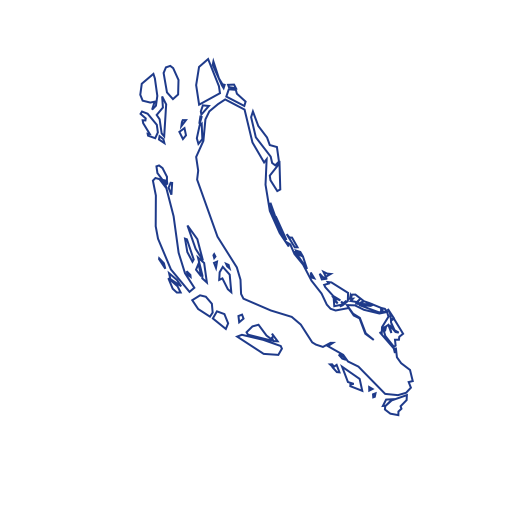 Bhola, Barisal, Bangladesh, rotated 150°
{"feature_id": "16705992B37732832620169", "entity_name": "Bhola", "entity_type": "district", "adm_level": 2, "iso_a3": "BGD", "parent_name": "Bangladesh", "parent_adm1": "Barisal", "projection": "natural_earth1", "projection_center": [90.703, 22.35], "detail": "fine", "context": "isolated", "style": "outline", "palette": "blue", "viewbox_px": 512, "rotation_deg": 150, "n_neighbors": 0, "source": "geoboundaries", "source_scale": "gbopen_adm2", "svg_char_len": 6175}
<svg xmlns="http://www.w3.org/2000/svg" viewBox="0 0 512 512"><g transform="rotate(150 256 256)"><path d="M181.1,105.9L182.7,106.4L182.8,104.8L184.2,102.5L182.9,107.1L187.0,128.3L186.0,125.8L182.4,131.4L171.6,137.2L170.5,142.0L177.9,144.5L189.4,155.4L195.0,163.8L201.8,168.0L200.8,157.6L197.0,150.5L199.6,134.2L196.0,124.4L200.2,134.0L197.5,150.2L201.1,155.6L201.7,164.6L214.3,169.0L217.8,173.0L219.0,178.5L218.0,190.7L220.3,206.9L219.5,225.0L221.7,238.5L220.5,248.9L222.4,252.2L222.9,247.8L224.0,264.1L221.5,288.1L212.1,313.0L198.4,334.5L202.2,333.0L202.3,356.1L192.7,388.5L204.4,407.0L213.0,406.5L224.1,404.6L231.5,399.6L244.0,382.0L258.3,371.7L263.4,358.8L268.8,351.6L279.7,292.0L278.3,255.7L281.3,243.2L287.9,230.6L288.2,225.3L270.4,201.4L255.5,185.4L251.5,174.2L250.5,153.1L248.4,149.3L243.5,143.8L234.8,143.5L232.8,142.3L238.8,142.0L229.9,126.8L229.1,118.7L222.6,109.0L213.1,72.0L202.6,64.5L194.4,62.5L187.7,64.5L186.8,70.5L182.8,69.3L179.6,80.3L183.9,90.6L184.6,97.8L181.1,105.9ZM336.4,286.9L331.5,258.2L325.3,259.3L326.1,276.6L321.4,297.5L307.5,331.6L298.9,362.5L298.8,364.8L300.1,362.4L301.2,370.9L304.1,373.8L307.6,372.8L312.5,358.4L328.0,331.9L332.2,320.0L336.4,286.9ZM229.6,415.5L205.8,415.0L203.2,421.6L199.0,450.5L210.8,448.2L222.4,433.9L229.6,415.5ZM312.6,195.6L298.3,167.4L286.1,159.2L279.9,162.8L279.6,165.7L291.7,179.8L307.6,194.8L312.6,195.6ZM186.4,382.7L190.8,378.7L196.8,358.9L193.6,334.7L195.5,328.5L194.0,324.9L188.9,326.3L183.4,339.9L188.6,345.2L187.2,353.1L189.0,367.5L186.4,382.7ZM253.8,465.0L268.8,462.3L275.6,453.5L276.5,447.2L270.8,441.7L266.6,440.3L272.8,434.7L267.5,436.2L261.4,444.0L254.8,460.3L253.8,465.0ZM239.7,464.4L244.5,460.7L251.3,442.2L249.5,433.4L242.7,434.8L235.1,447.2L233.8,460.1L235.2,463.5L239.7,464.4ZM208.7,170.4L205.6,170.0L199.0,171.1L194.7,178.0L203.9,195.4L206.9,197.6L206.8,195.8L211.4,196.9L211.6,194.4L209.1,182.7L205.1,175.4L209.7,180.8L209.0,174.1L210.7,178.8L213.3,173.4L206.8,171.2L204.3,171.2L205.2,173.9L203.7,171.4L200.0,172.1L203.8,170.7L208.7,170.4ZM332.6,239.0L326.2,226.5L321.8,228.7L318.1,236.7L319.8,245.8L324.1,249.9L333.3,249.6L332.6,239.0ZM167.9,132.6L171.4,132.6L172.3,130.8L173.1,122.4L170.7,118.3L173.2,120.4L174.9,129.5L177.3,121.6L175.8,130.2L178.5,130.0L182.0,126.3L179.3,130.0L182.1,130.1L184.0,122.0L182.0,108.5L179.9,108.6L177.5,114.0L174.1,112.0L172.3,114.4L167.5,115.1L167.9,132.6ZM289.3,414.2L284.4,408.4L279.2,412.1L276.3,419.2L278.7,433.4L282.5,438.1L284.9,436.8L282.7,430.3L284.0,428.7L286.3,430.2L287.3,427.4L287.0,414.8L288.7,416.1L289.3,414.2ZM194.9,60.1L210.7,63.1L219.2,61.3L221.1,58.6L218.5,52.3L212.3,47.0L210.4,50.1L206.4,51.0L205.9,53.6L197.6,55.9L194.9,60.1ZM239.4,96.1L231.4,86.1L227.7,97.7L236.8,117.1L239.4,100.9L235.3,96.4L238.5,97.5L239.4,96.1ZM189.3,324.5L203.9,318.7L205.6,314.4L205.1,301.6L201.7,301.5L189.3,324.5ZM302.3,191.9L285.0,175.1L283.7,174.9L286.7,181.9L288.2,195.2L294.3,196.8L302.3,194.7L302.3,191.9ZM271.5,427.8L271.1,422.6L276.4,409.4L275.7,405.5L258.0,432.2L257.5,441.1L262.4,431.1L271.5,427.8ZM190.4,410.0L196.2,414.0L202.0,408.9L191.1,391.8L187.8,394.9L191.4,406.1L190.4,410.0ZM299.8,253.7L296.3,253.4L297.0,241.3L295.5,237.0L288.1,253.0L290.2,263.2L295.6,260.1L299.8,253.7ZM318.6,207.9L313.8,211.6L312.4,221.5L317.5,227.6L324.6,223.5L318.6,207.9ZM300.1,316.7L304.7,292.4L304.2,278.7L298.4,299.9L300.1,316.7ZM307.0,283.7L312.2,265.8L313.7,263.5L311.8,257.6L304.4,275.9L307.0,283.7ZM297.4,383.4L299.9,377.1L298.9,368.7L295.6,365.6L293.5,369.1L293.0,378.9L294.7,382.9L297.4,383.4ZM239.8,397.0L248.4,387.5L249.8,381.9L244.0,384.1L236.9,397.7L239.8,397.0ZM173.6,148.5L178.8,155.2L181.7,155.5L191.3,162.1L177.3,145.3L175.4,145.4L173.6,148.5ZM189.2,172.9L192.3,174.6L193.9,172.9L193.7,174.7L196.1,172.0L193.4,170.6L196.5,169.7L191.7,165.7L187.7,166.6L191.5,165.3L190.4,164.2L193.6,165.3L191.5,163.4L185.2,163.1L189.2,172.9ZM308.8,306.5L313.5,293.8L313.9,282.8L311.7,284.1L307.5,305.0L308.8,306.5ZM343.0,280.6L344.5,269.3L342.8,263.9L339.5,262.1L339.1,269.0L343.0,280.6ZM339.9,284.5L341.7,278.8L335.9,267.2L336.5,275.0L339.9,284.5ZM254.0,402.5L260.3,401.8L260.8,393.8L256.3,395.5L254.0,402.5ZM215.6,232.0L218.1,235.7L220.0,241.0L218.3,219.3L215.6,232.0ZM215.6,253.9L217.8,255.3L218.5,259.6L218.1,244.1L215.7,242.8L215.6,253.9ZM220.3,280.7L222.2,264.8L221.6,254.6L219.1,280.0L220.3,280.7ZM226.7,413.0L231.5,408.8L232.6,405.8L221.8,409.5L226.7,413.0ZM297.4,212.2L301.2,212.8L303.7,207.0L298.1,208.0L297.4,212.2ZM221.1,62.7L218.6,61.5L209.6,63.8L215.1,66.6L221.1,62.7ZM309.7,278.0L314.8,274.1L313.6,265.8L309.7,278.0ZM199.3,428.4L195.6,445.8L197.9,443.2L200.2,420.8L200.1,417.6L197.6,419.9L199.2,421.5L199.3,428.4ZM245.3,121.0L244.0,115.0L241.9,113.5L240.6,121.4L245.3,121.0ZM293.3,362.1L297.6,358.8L298.6,351.4L292.1,361.2L293.3,362.1ZM185.1,162.8L190.0,162.6L179.0,155.6L181.4,158.6L185.1,162.8ZM194.6,418.2L195.0,415.8L189.5,411.3L189.3,415.4L194.6,418.2ZM282.9,177.3L283.6,173.6L279.9,171.3L281.0,180.8L281.0,177.8L282.9,177.3ZM205.5,208.6L205.9,203.1L200.3,203.1L203.2,205.2L205.5,208.6ZM279.6,408.0L281.8,405.4L278.9,399.6L277.8,403.4L279.6,408.0ZM251.5,410.3L253.2,409.0L255.7,405.8L248.7,408.7L251.5,410.3ZM168.3,144.3L168.5,139.6L171.0,133.2L167.7,133.4L168.3,144.3ZM216.9,294.9L219.6,289.5L220.2,281.6L219.3,281.9L216.9,294.9ZM340.9,290.3L339.4,295.8L341.0,302.4L341.5,301.8L340.9,290.3ZM295.8,271.0L296.6,265.7L292.6,270.6L295.8,271.0ZM172.7,147.6L174.4,143.9L170.4,142.9L170.8,145.8L172.7,147.6ZM209.7,208.8L210.7,202.8L205.7,200.8L208.7,204.3L209.7,208.8ZM218.1,240.1L217.2,234.8L215.6,233.6L215.6,237.4L218.1,240.1ZM233.7,129.2L232.6,124.0L231.0,122.2L230.2,124.6L233.7,129.2ZM323.7,277.5L324.3,273.5L323.1,270.6L322.3,272.4L323.7,277.5ZM225.2,82.8L221.6,82.6L223.5,85.9L225.2,82.8ZM216.8,214.3L218.8,209.8L216.7,207.6L216.8,214.3ZM225.1,75.0L223.5,74.7L221.2,77.3L223.8,77.7L225.1,75.0ZM285.8,264.2L286.1,261.5L285.1,258.6L284.2,262.0L285.8,264.2ZM291.3,278.5L292.5,277.9L293.2,275.1L291.4,275.8L291.3,278.5ZM234.5,404.5L238.5,399.5L238.7,398.6L233.6,403.6L234.5,404.5ZM246.1,125.1L245.4,122.9L244.0,122.7L244.3,124.2L246.1,125.1ZM299.1,366.9L297.4,363.0L296.7,363.0L295.8,365.0L299.1,366.9Z" fill="none" stroke="#1e3a8a" stroke-width="2"/></g></svg>